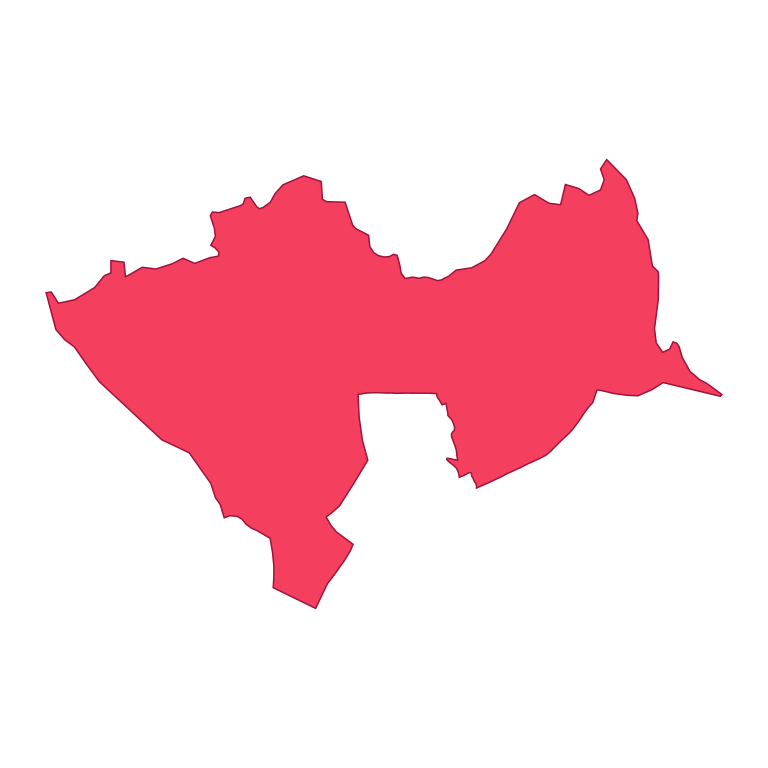 Sokoto North, Sokoto, Nigeria (Robinson projection)
{"feature_id": "59680162B91492845849591", "entity_name": "Sokoto North", "entity_type": "district", "adm_level": 2, "iso_a3": "NGA", "parent_name": "Nigeria", "parent_adm1": "Sokoto", "projection": "robinson", "projection_center": [5.234, 13.066], "detail": "fine", "context": "isolated", "style": "filled", "palette": "rose", "viewbox_px": 768, "rotation_deg": 0, "n_neighbors": 0, "source": "geoboundaries", "source_scale": "gbopen_adm2", "svg_char_len": 3026}
<svg xmlns="http://www.w3.org/2000/svg" viewBox="0 0 768 768"><path d="M490.8,254.4L484.9,260.6L471.7,267.8L456.1,270.1L448.6,276.3L444.5,278.1L441.6,279.9L437.3,280.6L432.3,278.8L428.3,277.5L424.0,277.1L418.7,278.3L417.2,277.9L412.7,277.1L405.1,278.5L401.1,273.0L399.9,265.5L397.2,255.4L393.5,254.3L391.4,255.5L389.4,256.6L383.8,257.0L378.4,255.6L373.8,252.7L369.8,246.5L368.6,235.3L355.5,228.5L352.6,224.9L345.1,202.2L326.9,201.7L322.4,199.4L321.3,181.5L303.7,175.8L283.0,184.8L274.9,193.8L270.4,202.2L262.9,207.6L259.4,208.7L256.7,206.7L250.2,197.2L245.1,198.3L243.1,203.9L240.8,205.5L223.4,211.2L219.4,212.6L212.4,212.0L210.3,215.7L214.3,228.0L215.4,236.4L210.8,245.4L214.8,247.6L219.1,252.4L218.4,256.1L209.8,257.7L194.7,263.4L183.1,258.3L171.9,263.9L155.8,269.0L142.2,267.3L132.6,272.9L125.5,276.8L124.0,262.2L110.9,260.6L110.9,272.9L104.3,275.7L94.7,287.5L74.5,299.8L58.4,303.2L51.3,292.0L46.1,292.7L55.9,329.6L64.6,339.6L74.5,347.0L86.1,363.7L99.3,381.6L161.8,439.8L189.2,452.8L210.8,483.4L215.4,497.6L220.2,504.5L224.2,517.8L230.0,515.7L237.3,516.4L242.1,519.2L246.1,524.2L251.5,528.2L256.8,530.5L270.1,538.3L272.5,552.1L273.9,566.6L273.8,577.6L273.2,587.7L315.6,608.4L327.4,583.7L336.4,571.9L339.6,567.2L344.1,561.0L350.5,550.5L353.1,544.3L336.5,532.0L331.2,525.7L326.1,517.0L331.3,513.1L339.4,506.0L353.2,484.4L367.8,460.1L362.3,439.9L361.4,433.1L359.2,417.6L358.5,404.4L358.2,395.9L358.0,394.3L362.3,393.8L364.3,393.3L366.3,393.1L372.6,392.7L378.9,392.7L386.7,393.1L390.6,393.0L396.1,393.3L405.1,393.1L416.0,393.2L428.5,393.2L434.4,393.5L436.6,393.5L436.8,395.4L437.4,397.3L439.6,400.6L441.3,403.5L442.1,404.9L446.0,403.5L447.8,413.3L447.9,415.5L452.1,420.2L453.5,423.9L454.5,427.0L454.5,430.1L452.5,432.2L451.5,434.0L451.5,436.7L453.3,441.3L454.8,445.4L456.3,450.0L456.9,455.9L457.5,459.2L457.5,460.3L455.2,459.7L453.0,459.4L451.1,458.8L447.2,458.2L446.6,459.5L449.6,462.4L453.3,465.2L456.4,468.2L458.1,471.5L458.9,474.8L459.2,476.0L459.2,477.3L464.1,475.4L468.7,472.9L469.7,472.6L470.7,472.6L471.2,473.3L471.5,473.6L471.7,473.8L471.5,474.2L471.5,475.2L471.7,475.9L472.1,476.8L472.8,477.8L473.2,478.7L473.6,479.7L474.1,480.9L474.6,481.9L475.1,482.4L475.7,483.2L476.3,485.0L476.5,486.2L476.5,487.1L476.5,488.0L489.3,482.4L500.6,477.1L507.3,473.6L518.3,468.5L520.6,467.6L522.7,466.4L527.1,464.2L540.1,458.3L546.7,454.7L551.0,450.9L560.5,441.3L569.0,433.3L572.9,429.1L575.0,426.2L578.9,421.1L583.2,414.5L587.0,409.2L589.7,405.9L592.8,402.6L596.8,390.3L598.4,389.9L604.7,391.3L613.1,393.4L627.1,395.3L637.9,395.8L651.9,389.7L663.1,382.6L720.5,396.3L721.9,394.5L706.6,383.3L699.6,379.7L690.0,371.4L682.3,357.5L679.1,346.7L676.9,343.3L673.1,341.8L669.6,349.1L662.7,352.3L656.2,342.8L654.5,328.6L658.2,300.0L658.6,276.2L658.1,271.6L652.4,266.0L648.1,239.6L636.8,220.7L637.9,213.3L634.7,198.3L626.4,179.7L606.7,159.6L600.5,169.0L604.2,179.8L600.5,189.9L589.0,195.3L578.7,188.5L565.4,184.5L560.6,204.7L549.1,203.3L534.5,194.6L519.4,202.7L506.7,228.9L490.8,254.4Z" fill="#f43f5e" stroke="#9f1239" stroke-width="1.5"/></svg>